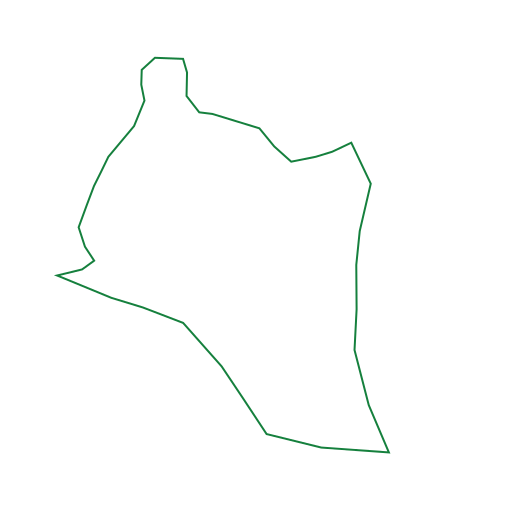 the district of Agios Epifanios Soleas, Nicosia, Cyprus, rotated 287°
{"feature_id": "46923920B95806905806103", "entity_name": "Agios Epifanios Soleas", "entity_type": "district", "adm_level": 2, "iso_a3": "CYP", "parent_name": "Cyprus", "parent_adm1": "Nicosia", "projection": "equal_earth", "projection_center": [32.871, 35.058], "detail": "fine", "context": "isolated", "style": "outline", "palette": "green", "viewbox_px": 512, "rotation_deg": 287, "n_neighbors": 0, "source": "geoboundaries", "source_scale": "gbopen_adm2", "svg_char_len": 645}
<svg xmlns="http://www.w3.org/2000/svg" viewBox="0 0 512 512"><g transform="rotate(287 256 256)"><path d="M400.6,92.3L386.3,96.2L372.0,103.9L344.6,101.4L307.7,85.8L291.1,83.2L275.6,80.6L255.4,79.3L231.6,78.0L214.9,89.7L204.2,102.6L192.3,93.6L179.2,71.5L173.7,129.9L173.7,162.9L170.7,205.9L140.4,255.4L116.1,285.2L88.8,318.2L91.9,374.4L107.0,440.5L146.4,407.4L194.9,377.7L234.4,367.8L276.8,354.5L310.2,347.9L358.7,344.6L392.2,314.0L378.0,298.4L368.4,284.2L356.5,262.1L366.1,241.4L379.1,221.9L379.1,199.9L379.1,172.7L376.8,159.7L388.7,142.8L411.3,136.4L423.2,128.6L416.0,101.4L400.6,92.3Z" fill="none" stroke="#15803d" stroke-width="2"/></g></svg>